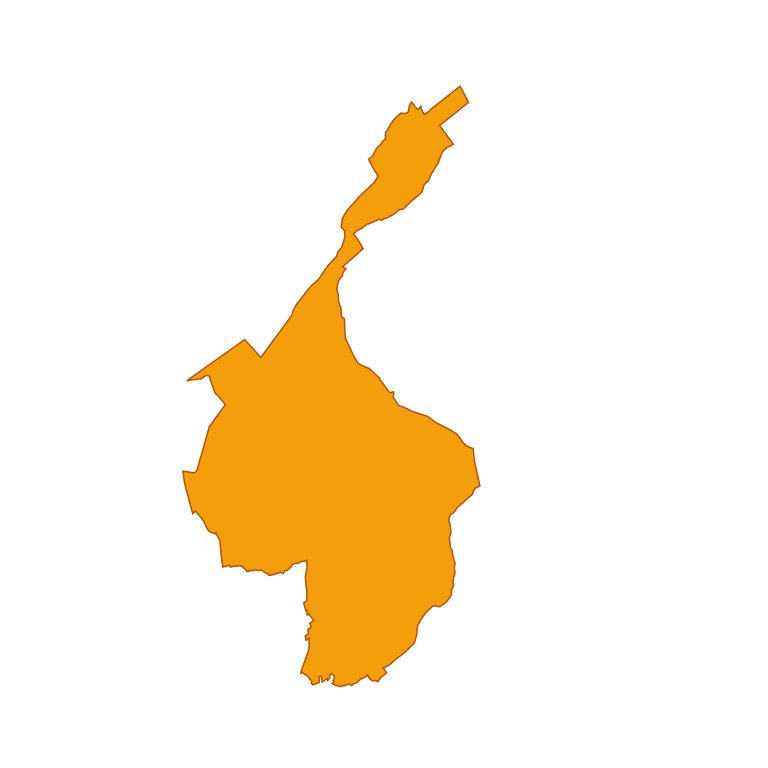 the district of Huitziltepec, Puebla, Mexico, rotated 32°
{"feature_id": "50627088B75605731970498", "entity_name": "Huitziltepec", "entity_type": "district", "adm_level": 2, "iso_a3": "MEX", "parent_name": "Mexico", "parent_adm1": "Puebla", "projection": "equal_earth", "projection_center": [-97.866, 18.784], "detail": "fine", "context": "isolated", "style": "filled", "palette": "amber", "viewbox_px": 768, "rotation_deg": 32, "n_neighbors": 0, "source": "geoboundaries", "source_scale": "gbopen_adm2", "svg_char_len": 6157}
<svg xmlns="http://www.w3.org/2000/svg" viewBox="0 0 768 768"><g transform="rotate(32 384 384)"><path d="M467.1,674.2L467.0,673.1L467.2,671.9L473.6,672.3L480.3,674.3L481.0,676.3L483.0,676.9L483.5,676.6L487.3,671.2L484.3,667.4L484.6,665.4L485.7,665.3L489.5,669.5L491.9,664.1L493.3,665.3L493.9,662.4L492.4,659.9L492.4,659.1L492.8,657.5L496.4,657.9L497.5,659.4L497.9,661.3L497.9,662.3L498.7,662.1L499.2,664.2L498.8,665.6L501.9,665.2L505.6,664.2L508.0,663.4L508.3,662.9L508.7,661.7L510.2,661.1L510.3,660.7L511.6,659.0L512.5,658.1L512.9,657.5L513.2,656.9L513.7,656.6L514.1,656.6L514.5,656.6L515.8,657.0L516.3,656.9L516.5,656.8L516.7,656.4L516.8,655.7L516.8,654.5L517.4,654.0L518.0,653.3L518.4,652.7L519.3,650.9L519.6,650.2L519.9,648.7L520.2,647.8L520.5,647.2L520.6,646.4L521.0,646.0L521.6,645.4L522.5,643.5L523.0,643.2L523.4,642.5L524.1,639.7L526.4,640.8L529.0,641.8L530.6,641.9L531.2,641.8L532.5,641.3L533.1,640.8L533.5,640.4L533.8,639.9L535.0,639.8L535.4,639.4L536.0,639.9L536.7,639.2L536.6,635.4L539.3,627.5L533.8,625.3L535.2,623.4L538.0,617.8L539.3,612.9L540.9,608.4L544.2,599.5L545.6,593.1L547.0,587.5L544.5,578.7L542.2,574.8L540.5,571.0L540.2,564.8L540.3,560.0L540.6,556.7L541.5,551.7L542.4,549.6L542.7,548.3L542.7,547.3L542.8,546.7L543.3,546.4L544.1,545.5L545.4,544.9L547.2,544.3L548.9,543.5L549.9,542.5L550.6,539.4L551.1,539.3L551.4,538.8L552.2,536.1L552.7,533.4L553.0,527.4L551.5,524.8L550.5,522.9L550.1,521.3L550.2,519.2L549.6,517.5L547.7,515.7L545.8,511.9L544.5,506.9L541.8,503.5L540.4,501.3L539.4,498.5L537.1,496.6L533.0,492.7L531.9,491.6L529.8,488.9L528.3,488.3L526.6,487.0L520.6,479.3L519.3,474.1L513.6,467.3L511.4,465.7L509.9,462.2L509.8,458.8L511.2,456.0L511.6,453.0L511.6,450.4L512.6,446.3L514.0,442.5L515.4,437.3L516.1,434.3L517.1,432.3L517.4,430.3L516.6,427.6L516.6,424.1L519.4,419.7L501.4,401.3L493.8,391.6L486.9,392.8L483.3,392.2L481.2,391.5L476.9,389.5L472.8,388.0L466.7,387.9L461.8,388.1L457.1,388.4L452.1,388.9L447.6,389.1L440.9,388.7L437.6,388.4L428.6,390.8L423.2,392.1L412.9,393.3L410.6,393.9L408.7,394.4L407.2,394.2L403.1,392.2L398.6,390.5L397.4,386.8L396.1,385.6L394.4,387.5L393.5,388.0L392.7,388.1L391.6,387.7L378.1,382.2L376.7,381.2L365.3,379.1L363.3,378.8L362.2,378.9L358.2,379.6L351.4,380.3L343.9,376.6L326.8,365.6L315.7,349.5L314.2,349.7L312.7,349.1L311.3,348.8L310.3,346.5L308.5,344.1L306.4,341.7L304.0,340.2L301.5,337.8L298.2,332.9L295.4,330.1L293.5,328.5L293.2,327.0L292.3,325.7L291.6,322.9L291.1,322.2L290.7,320.3L290.9,317.8L291.4,314.5L290.4,311.6L290.2,310.5L290.3,309.0L290.6,308.3L290.8,307.2L290.7,306.5L286.8,306.5L294.6,280.3L287.4,276.4L281.9,274.0L278.6,272.8L279.9,268.3L279.9,267.9L280.8,266.7L281.5,265.4L281.9,264.9L282.3,264.5L282.5,264.0L282.7,263.3L284.9,257.9L285.2,257.3L286.7,255.6L292.6,246.8L293.0,246.6L294.0,246.6L295.1,246.4L295.6,246.2L295.8,245.8L295.9,244.4L296.2,243.8L297.0,243.4L297.8,242.3L299.5,240.3L299.6,239.6L299.6,239.0L300.9,237.7L303.6,231.8L303.7,230.1L304.6,227.7L305.3,227.1L306.2,226.8L307.1,226.2L307.6,225.3L308.7,220.7L309.6,217.6L309.9,215.6L313.1,206.2L314.3,200.9L314.4,200.7L312.4,193.5L313.9,187.8L312.8,181.3L312.9,180.9L312.8,174.9L312.9,168.3L311.7,162.5L311.7,162.2L310.5,155.7L312.0,150.2L314.8,145.9L314.8,145.6L315.7,143.9L294.2,135.3L306.4,100.4L290.7,91.1L277.9,126.8L277.6,129.0L275.5,134.0L271.6,132.2L268.7,130.4L268.6,129.0L268.1,128.9L267.8,131.0L267.1,133.4L263.8,132.6L262.7,132.2L261.9,131.6L257.9,130.3L258.0,134.4L260.4,140.3L259.8,141.7L258.7,143.3L257.9,143.8L255.6,145.0L255.1,144.8L253.3,149.9L252.1,155.6L252.1,161.9L252.3,167.7L252.1,169.7L252.3,170.1L253.1,172.0L255.0,174.7L255.2,175.9L254.4,178.3L254.1,180.5L254.3,182.2L253.1,186.8L252.8,188.6L253.5,196.0L251.9,201.6L259.6,206.2L268.8,210.8L268.9,214.1L269.0,218.5L267.9,222.1L264.0,237.0L262.5,246.5L261.0,254.2L260.7,261.5L261.2,266.1L264.7,273.8L269.1,274.8L272.6,279.5L274.2,284.3L275.7,290.5L274.9,296.3L276.1,300.9L273.8,312.5L273.0,330.3L270.6,338.1L269.4,345.3L267.6,363.3L268.2,370.9L269.5,374.2L265.5,426.7L242.3,420.2L215.0,485.9L217.8,483.2L224.2,478.1L225.2,477.1L226.3,476.6L226.7,475.4L228.4,471.1L229.2,470.8L230.1,470.5L232.0,469.8L232.5,470.0L232.7,470.5L233.7,472.1L235.6,473.4L245.8,481.4L249.6,482.0L254.0,483.3L260.4,485.7L259.1,503.3L258.9,508.7L258.6,513.3L259.4,516.0L266.5,540.1L267.5,544.3L269.2,549.6L270.3,553.3L270.8,555.4L271.1,557.1L270.8,558.5L270.6,559.1L269.9,559.8L269.2,560.4L268.1,561.0L267.1,561.3L265.9,561.8L264.3,562.4L259.7,564.5L264.8,570.7L270.1,576.4L277.3,583.0L282.2,587.7L290.5,595.3L291.2,591.8L295.0,592.8L300.1,594.3L304.0,596.1L305.2,596.9L311.0,600.5L313.8,601.7L318.2,601.0L320.7,599.3L321.1,600.6L322.6,600.6L328.3,604.3L329.8,606.5L339.3,618.8L339.9,619.7L341.0,620.8L344.4,624.7L344.8,623.7L345.8,623.2L347.3,621.8L348.4,620.0L348.9,620.0L349.0,619.6L349.9,619.5L350.4,619.9L350.7,620.6L351.6,619.9L352.5,619.0L353.2,618.0L353.9,617.6L355.2,617.1L356.0,616.4L356.6,615.6L357.9,614.7L360.6,613.9L363.3,614.5L365.2,614.8L366.4,614.8L366.9,615.6L367.4,615.6L367.5,614.9L368.7,614.6L368.5,613.5L369.9,613.0L370.1,612.2L371.0,612.1L371.9,611.7L372.3,611.0L372.8,610.6L373.3,609.8L374.1,609.7L374.5,609.3L375.5,609.2L376.2,608.5L376.5,608.3L377.2,608.1L378.0,607.2L379.0,606.6L380.4,606.8L381.6,607.1L382.6,607.0L383.0,607.1L384.3,606.6L386.5,606.6L387.6,607.3L388.1,607.1L388.3,606.6L389.2,606.4L389.8,605.8L390.5,604.5L391.8,604.0L392.7,602.1L393.2,601.4L393.8,601.2L394.8,600.2L395.3,598.9L395.8,599.0L396.2,598.4L396.9,598.4L398.0,598.0L398.9,598.1L398.8,595.0L399.4,594.4L400.7,593.3L401.1,592.1L401.4,590.1L402.2,589.2L401.8,586.6L402.5,585.0L403.1,583.8L404.4,582.3L405.2,582.4L406.0,581.8L406.2,581.2L407.4,579.4L408.2,578.3L408.4,577.8L408.9,577.3L409.5,577.1L410.5,576.3L411.9,574.6L415.5,579.7L416.4,581.5L419.3,588.9L422.4,593.2L428.1,600.3L429.4,602.4L433.5,608.6L433.3,608.8L431.8,612.1L434.7,614.8L438.0,617.8L438.6,616.7L441.2,620.6L441.5,620.2L442.0,619.0L445.8,620.2L449.8,621.8L447.9,626.2L451.0,628.9L449.6,632.6L452.2,636.2L450.7,639.4L453.7,642.6L454.9,640.1L455.0,639.7L458.2,644.1L460.4,647.8L461.1,649.9L462.5,655.6L465.6,670.1L466.0,671.4L467.1,674.2Z" fill="#f59e0b" stroke="#b45309" stroke-width="1.5"/></g></svg>